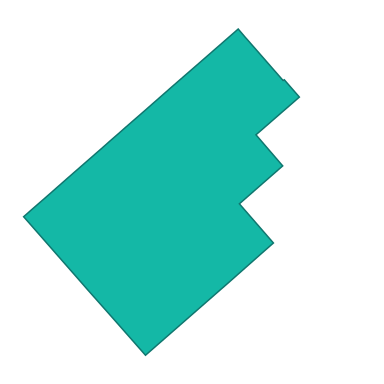 outline of 2 de Abril, Chaco, Argentina, rotated 319°
{"feature_id": "61730980B81782209111955", "entity_name": "2 de Abril", "entity_type": "district", "adm_level": 2, "iso_a3": "ARG", "parent_name": "Argentina", "parent_adm1": "Chaco", "projection": "albers", "projection_center": [-61.281, -27.639], "detail": "fine", "context": "isolated", "style": "filled", "palette": "teal", "viewbox_px": 384, "rotation_deg": 319, "n_neighbors": 0, "source": "geoboundaries", "source_scale": "gbopen_adm2", "svg_char_len": 721}
<svg xmlns="http://www.w3.org/2000/svg" viewBox="0 0 384 384"><g transform="rotate(319 192 192)"><path d="M335.3,190.8L335.3,168.1L335.2,168.0L335.2,167.8L334.3,167.7L333.9,167.6L333.8,127.5L333.7,109.8L333.8,99.3L277.0,99.4L271.3,99.4L248.5,99.4L246.3,99.4L208.1,99.6L205.5,99.6L184.2,99.6L174.6,99.7L173.6,99.7L170.9,99.7L162.9,99.7L155.9,99.8L108.1,99.9L78.1,100.1L74.0,100.1L72.9,100.1L58.9,100.1L48.7,100.2L48.8,118.8L49.1,191.4L49.1,197.2L49.5,237.4L49.5,237.8L49.8,284.7L83.8,284.6L150.0,284.4L155.1,284.4L155.3,284.4L157.1,284.4L202.8,284.0L220.0,283.9L220.0,249.4L220.0,234.9L220.0,232.0L246.2,231.9L277.6,231.8L277.6,227.9L277.8,190.8L335.3,190.8Z" fill="#14b8a6" stroke="#0f766e" stroke-width="1.5"/></g></svg>